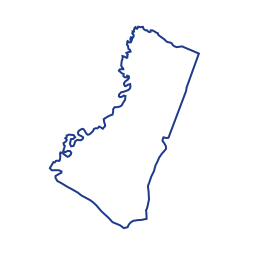 Muar, Johor, Malaysia (Albers equal-area conic projection), rotated 348°
{"feature_id": "92858781B4939885294010", "entity_name": "Muar", "entity_type": "district", "adm_level": 2, "iso_a3": "MYS", "parent_name": "Malaysia", "parent_adm1": "Johor", "projection": "albers", "projection_center": [102.758, 2.134], "detail": "fine", "context": "isolated", "style": "outline", "palette": "blue", "viewbox_px": 256, "rotation_deg": 348, "n_neighbors": 0, "source": "geoboundaries", "source_scale": "gbopen_adm2", "svg_char_len": 3318}
<svg xmlns="http://www.w3.org/2000/svg" viewBox="0 0 256 256"><g transform="rotate(348 128 128)"><path d="M144.4,45.9L144.6,47.2L145.1,47.8L145.0,48.9L144.9,49.9L145.0,51.1L146.1,51.7L146.4,53.8L145.4,53.9L143.5,53.9L142.0,54.3L142.6,55.4L143.1,56.1L142.3,57.1L142.2,58.6L141.4,59.2L140.4,58.4L139.1,57.3L137.5,56.5L137.4,58.2L136.6,59.9L135.7,61.4L134.3,65.6L134.9,67.6L135.7,68.8L135.6,69.6L133.8,69.1L132.0,69.0L131.0,70.1L132.8,72.4L134.0,73.7L135.0,74.4L134.3,76.3L135.3,77.6L137.4,78.3L138.1,76.7L139.4,77.4L139.6,78.7L138.9,79.8L138.0,80.6L135.1,81.8L133.3,83.6L133.2,84.8L133.7,86.2L134.5,86.6L136.8,85.7L139.2,85.5L139.1,87.4L138.5,89.3L137.5,90.2L135.9,91.0L131.0,91.7L128.8,91.6L126.2,93.4L125.7,95.1L126.4,96.0L127.6,96.2L129.2,96.0L130.5,95.4L132.1,96.2L131.0,99.8L128.3,102.5L126.7,104.5L124.3,105.4L121.4,105.3L119.2,104.9L117.4,106.5L116.8,109.2L115.6,111.7L113.8,111.9L111.7,112.3L108.3,113.4L106.1,114.3L105.9,117.4L106.2,119.3L106.1,121.3L104.4,122.5L103.2,123.5L101.7,121.9L100.1,120.6L98.1,122.0L96.2,121.5L94.4,121.9L93.2,123.7L90.8,125.2L89.0,126.2L87.2,126.2L86.3,125.2L85.3,122.5L84.5,120.2L83.1,119.3L81.0,119.8L79.0,120.8L78.1,122.0L78.1,124.0L79.1,125.1L80.6,126.1L82.2,127.8L81.5,129.3L79.3,130.2L75.9,129.1L73.5,130.1L72.3,132.4L71.0,134.2L68.5,134.1L67.9,131.4L69.9,127.0L71.9,127.3L74.4,126.1L73.4,123.7L69.0,122.2L66.5,122.6L66.1,124.2L64.5,124.9L65.7,126.6L65.2,127.6L64.0,128.5L61.8,129.4L61.7,131.1L62.5,132.3L61.6,134.1L59.8,137.2L61.3,138.6L64.3,137.9L66.5,138.5L67.4,140.4L66.5,142.1L64.5,143.4L62.9,143.6L61.6,142.3L59.5,139.9L58.5,138.7L56.9,137.9L56.2,138.8L56.0,141.2L55.3,143.5L54.6,145.3L53.8,145.9L52.4,145.3L50.6,145.2L49.9,146.0L49.5,146.3L48.6,146.4L47.9,145.9L43.2,151.1L44.7,153.5L47.7,154.1L49.7,154.5L51.9,155.1L53.9,156.7L53.5,157.9L51.9,158.3L47.1,159.9L46.7,161.7L47.9,165.2L51.7,168.4L56.5,173.0L60.4,176.2L65.6,180.9L68.4,184.3L72.2,187.5L76.2,190.9L78.9,194.1L80.9,197.0L84.7,204.0L90.3,211.8L93.3,216.9L100.0,221.5L103.2,225.1L107.0,224.9L108.6,222.7L111.0,220.9L113.9,219.9L117.9,220.1L122.1,220.7L127.1,220.7L127.3,220.7L128.1,216.2L128.5,213.3L128.5,212.2L129.5,211.1L130.7,209.0L133.7,202.2L135.0,193.8L135.1,192.4L135.2,190.6L135.5,188.8L136.9,186.7L140.7,180.3L144.5,175.5L147.1,170.3L149.5,167.4L152.6,163.1L154.0,161.9L155.3,160.6L157.0,159.3L158.9,157.9L160.6,156.6L161.2,155.1L161.2,153.4L160.8,152.0L160.2,150.2L159.2,148.1L159.4,146.6L160.8,144.5L163.4,145.8L165.6,145.9L192.5,103.9L193.8,100.5L212.8,69.9L197.8,59.4L196.6,59.3L194.4,59.2L192.3,59.0L190.4,57.7L189.1,56.3L188.5,54.4L187.1,53.2L184.6,52.2L183.5,51.2L182.0,48.8L178.2,44.7L176.9,43.0L176.9,41.5L175.3,40.5L174.6,39.5L173.1,38.4L172.1,37.5L170.5,37.2L170.0,38.6L168.5,38.5L167.4,37.3L166.9,36.3L165.6,36.2L164.4,35.1L163.7,33.9L163.7,33.2L163.7,32.3L162.5,32.0L161.2,32.0L159.1,31.0L158.5,31.9L157.6,32.8L156.2,32.2L156.5,31.5L156.4,30.9L155.4,31.3L154.3,33.1L154.0,33.6L154.0,34.7L153.4,35.3L152.6,34.8L152.6,35.7L151.9,36.1L152.1,37.0L152.6,37.7L152.9,38.5L152.6,39.4L152.2,40.0L151.7,40.5L151.2,40.1L150.4,40.2L150.6,41.1L150.4,41.8L150.0,41.3L149.4,40.3L149.0,41.0L148.7,42.0L148.7,42.6L149.2,43.7L149.2,44.2L148.7,44.7L147.7,44.7L147.1,44.5L146.5,44.1L146.2,43.3L145.7,42.9L145.0,43.8L144.9,44.7L144.9,45.4L144.4,45.9Z" fill="none" stroke="#1e3a8a" stroke-width="2"/></g></svg>